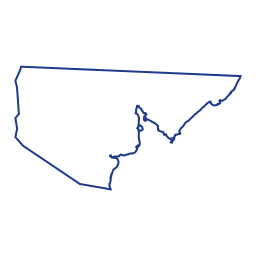 outline of Ngermechau, Melekeok, Palau
{"feature_id": "81905179B2949458195189", "entity_name": "Ngermechau", "entity_type": "district", "adm_level": 2, "iso_a3": "PLW", "parent_name": "Palau", "parent_adm1": "Melekeok", "projection": "albers", "projection_center": [134.622, 7.54], "detail": "fine", "context": "isolated", "style": "outline", "palette": "blue", "viewbox_px": 256, "rotation_deg": 0, "n_neighbors": 0, "source": "geoboundaries", "source_scale": "gbopen_adm2", "svg_char_len": 5430}
<svg xmlns="http://www.w3.org/2000/svg" viewBox="0 0 256 256"><path d="M110.6,189.3L110.4,188.7L110.2,187.8L109.7,186.8L109.4,186.2L109.5,185.1L109.4,184.6L109.3,184.0L109.9,183.5L110.2,182.3L110.6,180.9L110.5,180.1L110.8,179.6L110.7,178.7L110.5,178.0L110.4,177.7L110.7,177.2L111.1,176.9L111.1,175.9L111.2,176.0L111.5,174.7L111.8,174.2L112.1,173.1L112.1,172.6L112.5,172.1L112.8,171.4L113.0,170.9L113.2,170.1L113.3,169.8L113.9,169.2L114.4,168.8L115.5,168.0L116.1,167.7L116.8,167.0L117.1,166.2L117.3,165.5L117.6,165.5L118.0,164.5L118.3,163.6L118.5,162.6L118.4,161.3L118.2,160.6L117.8,159.8L117.0,158.6L116.2,158.1L114.8,157.8L113.9,157.9L113.3,157.7L112.7,157.6L112.2,157.5L111.8,157.4L111.5,157.3L110.0,156.0L110.0,155.8L110.6,156.0L110.9,155.7L111.1,156.3L111.6,156.8L112.6,157.1L113.5,157.1L114.1,156.9L114.3,156.6L115.9,156.4L116.6,156.6L117.2,156.4L117.6,156.5L118.6,156.3L119.2,156.1L119.3,155.7L119.9,155.2L120.7,154.5L121.3,154.6L122.0,155.0L122.7,155.4L123.5,155.3L124.2,155.5L124.5,155.3L125.0,155.3L125.3,155.1L126.2,154.7L127.6,154.5L127.7,154.3L127.9,154.3L128.5,154.2L129.6,153.6L130.4,153.6L131.1,153.4L131.3,153.5L131.6,153.3L131.9,153.3L132.3,153.5L133.0,153.2L133.9,153.1L134.7,152.6L135.4,151.9L135.7,151.5L136.0,151.2L136.3,150.6L136.5,150.4L136.5,150.1L136.7,149.9L136.9,149.6L137.0,149.3L137.3,148.7L137.1,148.5L137.0,148.3L136.7,148.0L136.6,147.5L136.9,147.4L136.7,147.2L136.4,147.3L136.2,147.0L136.5,146.8L136.7,146.3L136.9,146.1L137.3,145.9L137.6,146.0L137.9,145.6L138.0,145.8L138.0,146.1L138.5,146.3L139.0,146.0L139.5,145.3L139.6,144.8L139.7,144.1L139.7,143.4L139.8,142.9L139.5,142.1L139.6,141.7L139.5,141.1L139.3,140.8L139.3,140.3L139.1,139.9L139.1,139.1L139.0,138.7L138.9,138.2L138.9,137.4L138.7,137.2L138.6,136.3L138.7,135.8L138.8,135.1L138.9,134.4L138.9,133.6L138.8,133.2L138.9,132.8L138.9,132.2L138.7,131.7L138.8,131.4L138.6,131.0L138.4,130.6L138.3,129.7L138.0,129.0L137.8,128.2L137.4,128.1L137.5,127.8L137.8,127.6L137.8,127.1L138.2,126.5L138.4,126.8L138.1,127.2L138.0,127.7L138.2,128.4L138.3,129.0L138.7,129.7L139.1,130.2L139.6,130.7L140.2,130.8L141.3,130.4L141.7,130.2L142.1,130.1L142.3,129.7L142.6,129.4L142.8,129.0L142.7,128.7L142.2,127.4L142.1,127.1L141.8,126.5L141.2,126.1L140.7,125.8L139.8,126.0L139.9,125.7L139.9,125.2L139.6,124.8L139.1,124.6L138.6,124.4L138.8,122.2L138.7,120.8L138.9,120.7L138.9,119.9L139.1,118.9L139.0,117.8L138.8,117.1L138.5,116.4L138.3,115.9L138.1,115.3L137.4,114.5L137.0,113.9L136.3,113.4L135.7,113.4L135.6,113.0L136.1,112.5L136.1,112.2L136.0,110.9L136.0,110.2L136.2,109.9L136.2,109.6L136.4,109.3L136.3,108.9L136.8,107.5L136.8,107.0L137.0,106.1L137.2,105.8L138.8,106.1L138.7,106.7L138.9,107.0L139.1,107.3L139.5,107.7L140.4,108.4L141.3,108.8L141.6,110.0L141.9,110.6L142.4,110.7L142.8,111.8L143.3,112.5L143.6,113.0L145.5,113.1L146.4,114.4L146.0,114.7L145.5,114.9L145.1,115.3L144.7,115.6L144.8,116.3L144.4,116.4L144.1,117.1L143.9,117.9L143.9,118.5L144.0,119.2L144.0,119.6L144.1,119.9L144.5,120.6L144.9,120.8L145.4,120.8L146.0,120.5L146.1,120.0L146.3,119.8L146.4,119.2L146.1,118.9L146.1,118.2L146.4,118.6L146.7,118.9L147.1,119.4L147.7,119.6L148.1,119.8L148.6,119.8L149.2,120.2L150.6,120.9L151.7,121.5L151.9,121.9L153.1,122.4L153.3,122.3L153.5,122.5L154.7,123.2L155.1,123.2L155.5,123.6L155.8,124.0L156.4,124.3L157.0,125.1L157.7,125.8L158.1,126.0L158.1,126.4L158.0,126.8L157.8,127.3L157.9,127.8L158.0,128.3L158.3,128.7L158.0,129.1L158.0,129.6L158.3,130.3L159.1,130.6L159.6,131.0L160.3,131.3L161.0,131.5L161.6,131.6L162.1,131.6L162.6,131.9L163.0,132.2L163.4,132.3L163.2,132.8L163.3,133.0L163.6,133.1L163.7,133.4L163.8,134.1L164.2,134.8L164.5,134.7L164.9,134.7L165.1,134.5L165.4,134.5L166.0,134.3L166.2,134.7L165.8,135.0L166.1,135.5L166.9,136.3L167.8,137.1L168.0,137.6L168.5,138.2L169.1,138.2L169.5,138.5L169.9,138.8L170.2,139.0L170.6,138.8L171.0,139.1L172.0,139.8L170.8,142.4L171.8,142.7L173.1,139.9L173.6,140.0L174.4,138.2L174.1,138.0L173.6,137.8L174.0,137.7L174.3,137.0L174.4,136.4L174.5,136.2L174.9,135.9L174.8,135.6L175.0,135.4L175.6,135.2L175.9,135.0L175.7,134.6L176.3,134.5L177.0,134.5L177.6,134.3L178.3,134.1L179.0,134.1L179.7,134.0L179.8,133.8L180.3,133.4L180.2,133.0L179.6,132.4L179.2,131.8L179.1,131.5L180.9,128.3L182.2,127.2L183.5,125.7L184.7,123.8L185.5,122.7L186.3,122.0L187.1,121.5L188.1,121.0L189.3,120.0L190.7,118.5L192.0,117.3L192.5,116.9L193.2,116.1L194.2,115.3L194.8,114.4L196.6,113.2L198.0,111.8L199.7,110.6L200.9,109.3L202.4,107.7L204.0,106.6L205.3,105.1L206.7,103.8L208.0,102.8L209.0,102.2L210.0,101.6L210.6,101.6L210.7,101.8L210.6,102.3L210.9,103.4L211.2,103.6L211.3,103.8L211.8,104.2L212.4,104.6L213.3,105.2L213.9,105.4L214.5,105.3L215.2,105.3L216.3,105.1L217.0,104.9L217.5,104.8L217.9,104.4L217.8,103.8L218.2,103.7L218.3,103.8L218.5,104.1L219.0,103.9L219.7,103.5L220.1,103.1L220.3,102.3L220.1,101.9L219.8,101.5L219.4,101.0L219.5,100.5L220.1,100.1L221.0,100.5L221.7,100.6L222.5,100.8L223.2,100.4L224.1,99.7L225.0,99.3L225.6,98.7L226.1,98.1L226.4,97.8L227.2,96.8L228.3,95.6L229.3,94.7L229.9,94.0L229.9,93.3L231.0,92.9L231.0,92.2L231.3,91.9L231.4,91.4L232.3,91.0L233.2,90.5L233.4,90.0L233.7,89.9L233.9,89.3L234.3,89.2L234.4,88.9L234.7,88.4L234.5,88.1L234.9,87.6L235.7,86.2L236.3,85.0L236.6,84.0L237.2,82.9L237.5,82.2L237.9,81.5L238.5,80.5L239.3,79.2L240.0,77.9L240.4,76.9L240.6,76.1L21.1,66.7L20.1,70.2L15.4,80.7L17.0,87.3L18.9,114.0L15.4,118.0L17.1,128.6L15.4,137.1L23.2,145.9L79.9,184.0L110.6,189.3Z" fill="none" stroke="#1e3a8a" stroke-width="2"/></svg>